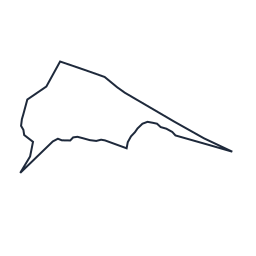 Várzea, Rio Grande do Norte, Brazil, rotated 97°
{"feature_id": "56859067B38668332786629", "entity_name": "Várzea", "entity_type": "district", "adm_level": 2, "iso_a3": "BRA", "parent_name": "Brazil", "parent_adm1": "Rio Grande do Norte", "projection": "mercator", "projection_center": [-35.357, -6.316], "detail": "fine", "context": "isolated", "style": "outline", "palette": "slate", "viewbox_px": 256, "rotation_deg": 97, "n_neighbors": 0, "source": "geoboundaries", "source_scale": "gbopen_adm2", "svg_char_len": 677}
<svg xmlns="http://www.w3.org/2000/svg" viewBox="0 0 256 256"><g transform="rotate(97 128 128)"><path d="M129.0,51.3L115.9,83.2L93.4,135.4L88.9,143.7L80.2,157.4L75.5,178.7L70.3,203.5L96.8,214.1L112.0,231.4L127.4,233.6L132.2,234.4L138.9,234.4L142.6,231.6L147.6,230.2L153.3,220.6L168.2,221.7L185.7,229.5L150.5,201.0L147.2,196.3L148.3,192.1L147.4,183.8L144.0,181.3L142.9,177.1L143.6,171.8L144.7,164.4L144.7,157.9L142.9,153.3L143.1,149.4L148.3,126.9L142.1,126.5L135.9,124.0L131.3,120.6L127.3,118.5L122.0,114.2L119.5,109.4L119.8,104.1L120.2,99.7L123.1,95.7L124.0,89.9L126.5,83.6L129.6,80.0L134.8,46.6L138.8,21.6L129.0,51.3Z" fill="none" stroke="#1e293b" stroke-width="2"/></g></svg>